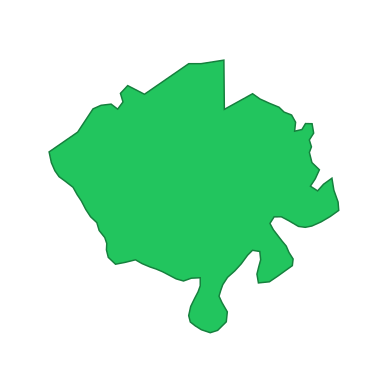 outline of Cristal do Sul, Rio Grande do Sul, Brazil, rotated 100°
{"feature_id": "56859067B17915120062012", "entity_name": "Cristal do Sul", "entity_type": "district", "adm_level": 2, "iso_a3": "BRA", "parent_name": "Brazil", "parent_adm1": "Rio Grande do Sul", "projection": "albers", "projection_center": [-53.236, -27.433], "detail": "fine", "context": "isolated", "style": "filled", "palette": "green", "viewbox_px": 384, "rotation_deg": 100, "n_neighbors": 0, "source": "geoboundaries", "source_scale": "gbopen_adm2", "svg_char_len": 1461}
<svg xmlns="http://www.w3.org/2000/svg" viewBox="0 0 384 384"><g transform="rotate(100 192 192)"><path d="M154.1,56.6L161.5,63.8L169.1,68.5L165.7,76.4L157.6,72.9L148.0,70.4L142.2,79.0L132.6,83.3L126.8,82.2L120.4,85.5L112.9,82.4L103.9,85.6L104.9,92.1L111.4,94.6L114.3,101.5L105.3,102.1L98.9,107.3L97.3,115.2L93.4,121.0L91.2,131.1L88.6,141.2L84.7,149.4L105.0,174.5L56.6,183.5L64.0,205.2L66.2,217.5L104.0,255.8L98.4,273.8L107.3,279.6L115.3,275.6L123.3,279.6L119.5,286.9L122.4,296.6L127.3,303.9L152.9,315.0L177.3,339.7L187.5,335.6L194.9,330.7L200.0,325.6L203.2,319.1L208.0,310.0L214.7,304.5L219.9,299.5L227.6,293.6L234.0,287.6L238.7,280.4L246.1,276.7L252.0,270.0L257.5,267.0L263.9,266.2L270.9,263.1L276.4,254.8L272.9,245.6L268.6,235.9L271.2,228.7L273.1,220.4L274.1,213.8L275.6,207.3L278.0,199.7L280.3,192.5L281.1,184.9L277.0,177.7L275.0,169.0L283.0,167.6L289.3,168.7L295.9,170.8L304.9,173.4L314.3,173.8L320.3,171.1L323.3,165.5L326.0,158.9L327.4,149.6L323.8,142.7L313.9,135.7L303.9,136.4L295.7,143.3L289.9,147.3L283.8,146.6L277.9,145.6L269.9,142.2L262.3,136.2L254.3,131.1L244.6,126.3L238.9,122.3L238.8,114.9L246.8,112.6L254.3,113.3L261.6,113.8L270.0,110.8L267.0,100.2L259.8,92.8L252.4,85.6L247.1,80.4L240.4,80.8L234.6,86.1L228.9,89.8L224.6,94.9L215.1,105.3L209.4,109.8L202.2,106.8L200.9,99.7L203.5,91.6L207.4,81.2L207.1,74.3L204.7,68.1L199.1,59.8L192.0,51.5L184.6,44.3L176.5,46.4L165.6,52.6L154.1,56.6Z" fill="#22c55e" stroke="#15803d" stroke-width="1.5"/></g></svg>